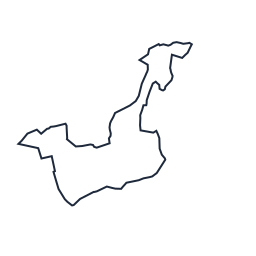 the district of Ekiti West, Ekiti, Nigeria, rotated 56°
{"feature_id": "59680162B72061925749770", "entity_name": "Ekiti West", "entity_type": "district", "adm_level": 2, "iso_a3": "NGA", "parent_name": "Nigeria", "parent_adm1": "Ekiti", "projection": "orthographic", "projection_center": [4.99, 7.712], "detail": "fine", "context": "isolated", "style": "outline", "palette": "slate", "viewbox_px": 256, "rotation_deg": 56, "n_neighbors": 0, "source": "geoboundaries", "source_scale": "gbopen_adm2", "svg_char_len": 1638}
<svg xmlns="http://www.w3.org/2000/svg" viewBox="0 0 256 256"><g transform="rotate(56 128 128)"><path d="M93.9,28.5L91.7,29.5L91.3,30.7L89.1,35.1L86.8,37.0L84.0,39.7L82.6,42.9L82.8,46.2L82.2,48.6L81.2,49.4L78.4,51.9L77.2,55.5L75.6,55.6L75.1,59.9L74.3,66.2L78.1,70.2L78.1,76.1L78.1,80.4L86.6,76.3L90.7,78.9L92.2,80.8L93.0,82.3L94.1,83.9L96.0,87.0L99.0,91.8L103.6,96.9L107.4,101.1L110.0,106.5L110.4,113.8L109.4,121.9L108.3,130.3L110.8,134.3L112.9,138.4L114.2,140.3L117.2,143.0L119.2,144.0L122.8,145.3L124.8,146.9L125.9,149.6L130.4,151.8L126.8,164.9L124.7,166.6L122.5,166.5L120.6,168.4L117.3,176.1L114.1,181.6L103.1,184.9L102.4,184.1L93.9,179.0L91.7,177.6L89.5,177.4L86.1,186.8L85.1,189.0L83.8,191.4L84.1,194.0L83.4,195.6L84.2,203.2L78.4,204.5L76.4,214.5L79.1,223.3L79.9,227.7L94.5,213.7L104.9,216.8L108.7,207.0L122.9,212.7L122.7,214.3L129.3,216.4L139.8,219.7L151.7,220.2L155.4,219.5L160.9,217.7L161.5,216.1L160.0,207.4L161.8,192.2L162.1,191.9L163.1,189.2L164.7,178.3L169.1,174.4L171.2,172.4L174.6,167.7L173.8,165.1L173.0,161.8L172.5,159.9L177.3,148.3L178.4,143.3L180.8,137.6L181.7,135.0L181.4,129.3L175.1,114.8L173.8,114.4L169.0,114.9L162.8,113.3L153.9,107.7L149.8,106.7L146.2,106.1L146.0,109.6L137.0,118.9L132.5,116.5L126.8,112.3L124.2,110.7L120.8,106.0L117.8,102.5L119.3,100.1L118.1,98.9L115.4,96.9L109.9,89.7L107.5,86.2L105.0,82.6L105.1,79.1L107.3,78.7L109.7,78.0L113.2,79.9L115.7,78.6L116.5,77.9L116.5,77.1L116.5,75.9L114.6,73.8L112.7,65.3L111.0,63.1L109.8,61.9L107.0,61.4L105.5,61.0L103.0,59.9L101.9,59.6L91.8,50.6L100.2,43.9L99.4,39.6L99.0,36.5L95.6,30.7L94.3,28.3L93.9,28.5Z" fill="none" stroke="#1e293b" stroke-width="2"/></g></svg>